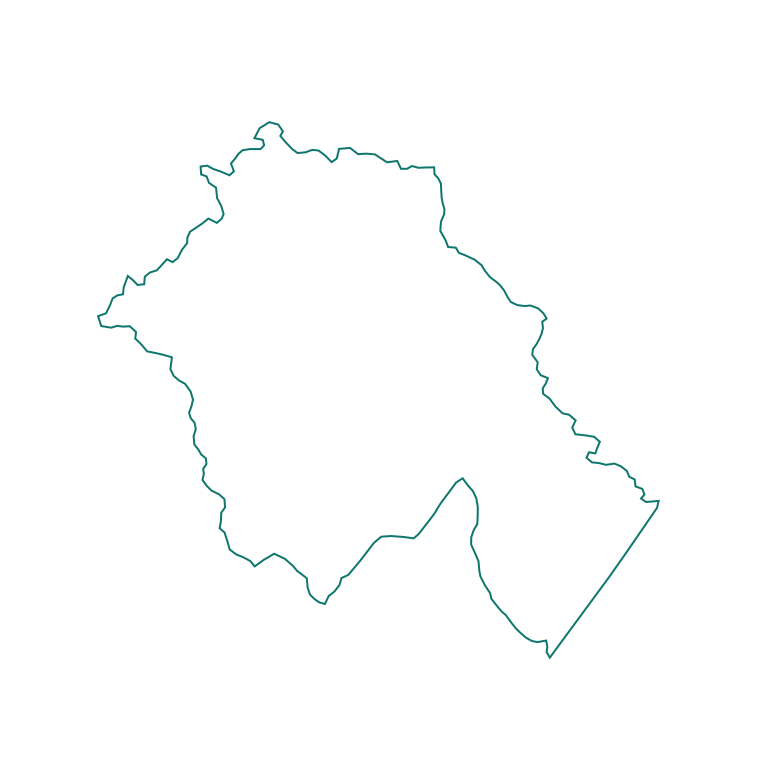 outline of Maringá, Paraná, Brazil, rotated 283°
{"feature_id": "56859067B20874146642258", "entity_name": "Maringá", "entity_type": "district", "adm_level": 2, "iso_a3": "BRA", "parent_name": "Brazil", "parent_adm1": "Paraná", "projection": "mercator", "projection_center": [-51.963, -23.405], "detail": "fine", "context": "isolated", "style": "outline", "palette": "teal", "viewbox_px": 768, "rotation_deg": 283, "n_neighbors": 0, "source": "geoboundaries", "source_scale": "gbopen_adm2", "svg_char_len": 3269}
<svg xmlns="http://www.w3.org/2000/svg" viewBox="0 0 768 768"><g transform="rotate(283 384 384)"><path d="M385.8,90.1L376.9,95.4L377.5,105.6L380.6,110.9L381.2,116.7L383.1,123.3L378.9,130.7L372.3,131.4L368.0,138.6L362.5,145.9L362.8,155.2L362.8,162.6L362.3,171.3L357.2,171.9L350.5,172.5L344.7,177.1L341.3,183.5L339.4,190.2L333.2,197.2L325.8,201.4L319.0,201.4L312.1,200.5L307.1,203.5L303.7,208.1L297.6,210.8L290.4,210.2L282.3,212.9L278.7,217.5L274.2,221.7L271.4,227.2L266.1,229.0L260.6,226.9L255.8,228.7L249.7,228.7L245.1,233.9L241.3,239.9L239.4,248.1L236.0,254.4L228.0,256.9L222.0,254.4L213.2,256.0L206.5,256.3L203.4,262.1L195.1,267.0L188.0,270.9L184.7,278.4L183.6,285.4L181.4,293.6L177.2,299.0L185.6,306.4L193.9,315.1L191.4,326.7L186.1,336.5L182.2,341.6L180.0,346.8L177.3,352.5L168.6,355.3L162.2,359.2L158.8,364.7L156.7,369.9L156.3,375.9L165.0,377.8L170.5,382.3L178.0,385.8L185.3,386.2L190.0,392.2L206.7,400.7L227.1,410.0L234.6,415.7L237.4,424.8L239.3,437.0L240.3,447.6L245.5,451.5L263.3,459.7L269.5,462.4L275.5,464.3L280.5,466.1L304.3,476.5L309.8,481.8L304.3,488.2L299.7,494.7L293.1,499.8L285.1,503.1L275.3,505.2L268.4,506.4L262.0,504.3L254.4,503.5L247.4,504.9L240.1,510.4L232.7,515.9L223.2,519.0L218.1,521.3L210.7,527.5L204.0,534.5L199.0,536.8L193.0,544.2L188.9,549.6L186.2,554.7L180.3,561.5L175.5,567.5L172.7,572.1L168.9,579.1L166.9,585.7L167.0,591.5L170.5,599.7L164.9,602.2L159.4,602.8L154.7,607.1L246.1,646.6L273.9,657.9L324.8,677.9L331.9,677.9L329.6,671.1L328.0,665.7L330.3,660.2L334.9,662.6L339.9,659.3L340.8,652.1L347.4,649.7L348.8,643.8L353.9,640.2L357.0,633.6L358.3,626.5L355.2,618.5L355.3,610.7L354.4,604.3L357.7,597.9L363.6,599.1L363.9,605.5L369.8,606.2L376.2,607.3L379.8,600.7L379.4,593.3L378.1,581.8L383.9,577.2L391.7,578.9L395.7,571.2L395.6,564.5L400.9,555.7L407.0,548.7L410.2,541.3L415.5,539.6L420.7,541.5L426.6,542.4L427.8,534.7L432.7,529.5L439.7,528.9L445.8,521.9L451.4,521.3L457.5,523.8L463.6,525.4L469.0,526.3L474.2,526.3L480.3,524.2L484.3,527.7L488.7,523.5L492.4,517.1L493.4,508.9L491.6,503.7L490.9,496.1L492.4,489.1L496.5,484.9L502.3,479.8L506.3,474.9L508.9,470.3L511.9,463.3L516.9,457.0L521.6,452.5L525.5,444.5L527.7,433.9L528.6,427.5L533.0,423.3L531.9,415.7L537.7,411.8L545.9,404.4L555.1,403.0L562.8,404.4L567.9,403.6L572.9,400.7L578.1,398.4L586.1,396.0L592.1,394.4L596.6,390.5L599.8,386.0L606.4,384.1L604.3,375.7L602.4,368.9L602.7,362.3L598.8,357.9L597.5,352.2L604.3,346.7L600.7,337.1L605.7,323.4L604.4,314.6L602.1,307.1L606.4,297.8L603.0,287.3L593.2,287.3L588.4,283.1L593.5,275.1L596.8,267.6L596.0,261.5L592.1,255.4L589.6,247.8L592.3,241.7L598.0,232.9L602.4,227.2L607.4,228.7L613.0,222.6L613.3,213.3L605.3,205.3L594.4,202.5L594.6,211.0L589.6,213.5L585.1,210.8L582.9,201.0L580.1,193.8L575.7,190.5L570.3,188.3L564.4,185.3L557.5,189.9L552.6,186.5L554.2,177.9L555.1,169.2L557.0,162.6L554.6,156.4L547.0,158.7L546.4,164.4L540.6,168.3L537.5,176.2L527.5,179.6L521.0,185.3L513.5,189.5L508.5,188.6L503.4,184.9L505.7,175.6L499.0,170.4L488.8,160.8L482.4,159.5L477.0,160.5L469.4,157.0L460.3,154.7L455.2,150.6L456.7,144.4L448.6,139.9L443.6,137.0L439.9,130.7L434.7,126.8L427.2,127.9L425.1,121.6L428.5,116.4L431.6,110.1L419.6,108.6L412.7,109.5L410.2,104.0L406.3,100.3L400.2,99.5L390.4,97.3L385.8,90.1Z" fill="none" stroke="#0f766e" stroke-width="2"/></g></svg>